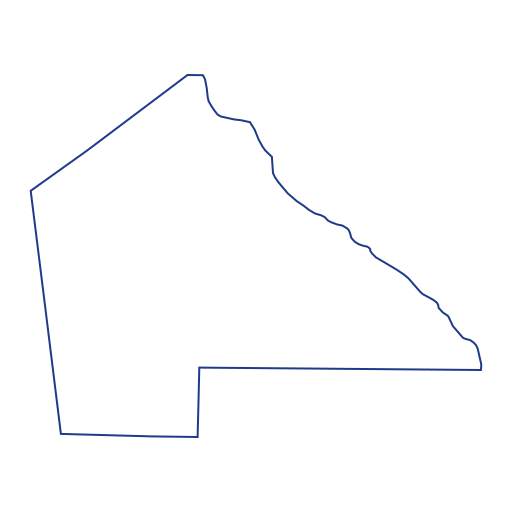 Pike, Missouri, United States of America (Albers equal-area conic projection)
{"feature_id": "52423323B3940547538762", "entity_name": "Pike", "entity_type": "district", "adm_level": 2, "iso_a3": "USA", "parent_name": "United States of America", "parent_adm1": "Missouri", "projection": "albers", "projection_center": [-90.992, 39.369], "detail": "fine", "context": "isolated", "style": "outline", "palette": "blue", "viewbox_px": 512, "rotation_deg": 0, "n_neighbors": 0, "source": "geoboundaries", "source_scale": "gbopen_adm2", "svg_char_len": 1076}
<svg xmlns="http://www.w3.org/2000/svg" viewBox="0 0 512 512"><path d="M60.9,433.9L151.9,436.4L197.6,437.0L198.4,405.6L199.3,367.6L480.9,370.0L481.3,365.2L481.0,363.2L477.7,348.6L475.9,344.9L473.4,342.4L470.3,340.2L464.3,338.5L462.6,337.4L452.8,326.0L449.0,317.7L447.9,315.9L442.9,312.5L438.7,308.0L438.1,304.8L437.0,302.8L433.4,299.9L422.7,294.1L420.0,291.6L408.5,278.4L404.0,274.6L396.9,269.8L375.8,257.3L371.9,253.3L370.3,250.9L370.2,249.2L369.0,247.8L367.1,246.6L363.0,245.7L359.2,244.4L357.0,243.2L354.4,241.4L351.2,237.7L350.2,233.6L349.5,231.9L349.1,230.9L348.2,229.4L347.1,228.4L342.5,225.6L336.9,224.4L330.8,222.1L327.8,220.4L324.7,217.1L321.4,215.4L314.8,213.4L308.8,209.8L303.7,205.8L296.6,201.0L287.7,193.3L278.7,182.6L274.9,177.2L273.0,173.1L271.9,156.9L265.2,150.4L262.5,146.6L258.5,139.2L254.6,129.6L250.0,122.2L241.5,120.3L234.0,119.4L220.9,116.5L217.6,114.6L214.6,110.8L211.6,106.4L208.7,101.4L207.8,97.8L206.7,88.0L205.2,80.1L204.9,79.0L202.9,75.2L187.5,75.0L87.4,150.3L30.7,190.8L43.7,295.0L60.9,433.9Z" fill="none" stroke="#1e3a8a" stroke-width="2"/></svg>